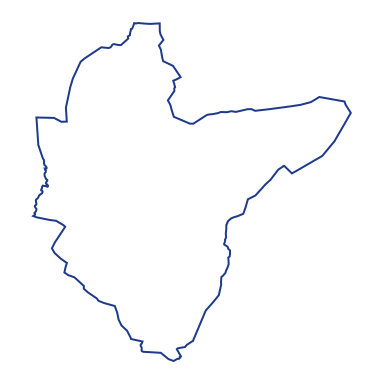 Takai, Kano, Nigeria (Mercator projection)
{"feature_id": "59680162B89970230221745", "entity_name": "Takai", "entity_type": "district", "adm_level": 2, "iso_a3": "NGA", "parent_name": "Nigeria", "parent_adm1": "Kano", "projection": "mercator", "projection_center": [9.174, 11.48], "detail": "fine", "context": "isolated", "style": "outline", "palette": "blue", "viewbox_px": 384, "rotation_deg": 0, "n_neighbors": 0, "source": "geoboundaries", "source_scale": "gbopen_adm2", "svg_char_len": 3332}
<svg xmlns="http://www.w3.org/2000/svg" viewBox="0 0 384 384"><path d="M350.8,112.9L345.5,104.5L344.5,101.5L319.3,97.0L319.2,97.1L310.9,102.1L300.7,104.8L291.0,106.3L269.1,109.2L255.2,110.8L251.3,109.1L247.6,109.2L235.9,111.9L231.4,111.2L226.8,112.2L220.8,112.0L218.0,113.1L212.9,114.1L208.9,114.5L206.8,115.0L193.3,123.7L189.8,123.6L173.8,116.8L171.8,110.5L170.3,104.8L167.9,100.4L174.4,90.9L174.2,88.4L175.1,87.2L173.3,80.7L177.1,79.1L180.6,77.1L173.0,65.9L163.1,61.1L162.2,57.4L161.0,50.5L160.9,49.7L158.9,45.6L163.4,39.9L160.6,34.7L159.8,31.3L159.7,23.4L150.5,23.9L146.2,23.7L141.3,23.3L138.1,23.0L136.0,23.5L134.2,23.1L133.6,25.1L132.9,26.8L132.2,28.6L130.9,29.1L130.8,30.4L130.2,32.4L129.9,35.2L127.8,36.5L128.2,38.6L120.9,45.1L118.3,45.0L114.0,44.1L113.2,44.3L112.5,44.6L112.0,45.2L111.6,46.0L110.9,46.9L110.2,47.5L108.4,48.0L101.3,47.3L84.2,58.7L80.6,61.8L72.8,78.7L70.3,87.0L65.9,107.7L66.8,121.6L61.4,121.8L54.0,117.9L36.4,117.5L36.8,122.7L36.8,122.8L38.3,144.9L42.9,158.5L43.8,159.8L44.1,161.5L44.0,163.5L44.5,165.0L45.2,165.5L46.6,167.5L46.5,168.5L45.8,168.6L44.7,168.5L45.1,169.9L45.9,170.7L45.7,172.1L44.7,173.2L44.5,174.6L44.8,176.5L46.2,179.2L47.3,179.9L47.3,180.7L46.7,181.5L46.9,181.4L46.3,182.0L45.9,183.3L45.9,183.6L46.7,184.2L47.4,184.8L47.9,185.5L48.0,186.2L47.7,186.6L47.3,186.8L46.7,186.6L45.7,186.0L44.5,186.0L42.9,185.6L42.6,186.0L42.3,186.4L42.1,186.7L42.0,187.5L41.9,188.5L41.6,189.2L41.2,189.5L41.2,190.4L41.8,190.7L42.6,191.3L42.6,191.9L42.3,192.9L42.0,193.3L40.8,194.1L39.6,195.0L39.1,195.4L38.3,197.3L37.4,198.6L36.6,199.1L36.1,199.7L35.8,200.1L36.0,201.9L36.1,202.8L36.4,203.5L36.5,204.1L36.3,204.5L35.8,205.2L35.3,205.3L34.9,206.0L34.9,206.7L35.3,207.5L36.0,208.3L36.5,209.2L36.2,210.6L35.5,211.9L34.5,212.8L34.5,213.2L35.1,213.9L35.1,214.4L34.7,215.1L33.7,215.6L33.2,216.0L36.5,217.3L49.9,220.0L56.1,220.8L63.4,225.1L65.2,226.8L55.0,242.2L51.9,248.3L54.7,253.1L60.7,258.6L66.9,263.0L65.6,266.9L64.4,272.5L68.2,275.1L74.4,277.3L83.9,286.0L83.8,288.7L87.8,292.3L96.9,298.5L98.5,300.8L104.2,303.1L114.8,306.0L117.2,312.7L118.6,319.5L121.5,325.5L127.1,330.8L130.5,337.4L131.0,339.0L142.5,341.5L141.8,343.5L140.7,344.5L140.7,346.0L141.6,347.3L141.7,348.7L141.5,350.0L141.8,351.1L143.2,351.8L160.8,352.8L168.5,359.1L173.6,361.0L177.4,358.8L179.0,358.8L179.2,358.3L180.3,357.6L179.9,356.9L180.9,356.3L176.8,349.2L177.8,348.3L185.0,347.0L186.9,344.8L192.6,341.1L192.9,341.1L197.3,330.6L205.7,310.6L213.1,302.2L218.8,295.2L221.2,284.5L221.0,282.0L221.4,277.0L223.2,275.5L225.4,272.9L226.1,270.5L227.5,267.6L228.7,264.1L228.5,260.4L228.3,257.5L229.6,256.6L230.0,254.1L230.0,250.4L228.4,249.0L227.6,246.7L224.3,244.6L224.1,244.1L224.4,243.1L225.0,241.4L225.2,240.8L225.0,239.8L226.1,237.4L225.8,233.6L226.3,229.4L226.3,225.1L226.4,224.9L226.5,224.8L226.5,224.7L226.6,224.4L226.7,224.2L226.8,224.2L226.9,223.9L226.9,223.7L227.0,223.6L227.1,223.4L227.2,223.2L227.3,222.9L227.3,222.7L227.4,222.4L227.5,222.4L227.5,222.2L227.6,221.9L227.7,221.7L227.8,221.5L227.8,221.4L231.0,218.5L233.4,217.4L237.5,216.2L243.3,213.8L245.6,207.2L247.9,199.3L255.4,195.5L260.8,189.6L265.5,184.3L270.5,179.8L278.2,169.7L283.2,166.4L283.4,166.3L283.4,166.2L283.5,166.2L283.8,166.0L284.4,166.0L286.7,168.3L291.9,173.4L296.4,170.9L322.3,155.9L334.5,141.2L343.7,125.3L350.8,112.9Z" fill="none" stroke="#1e3a8a" stroke-width="2"/></svg>